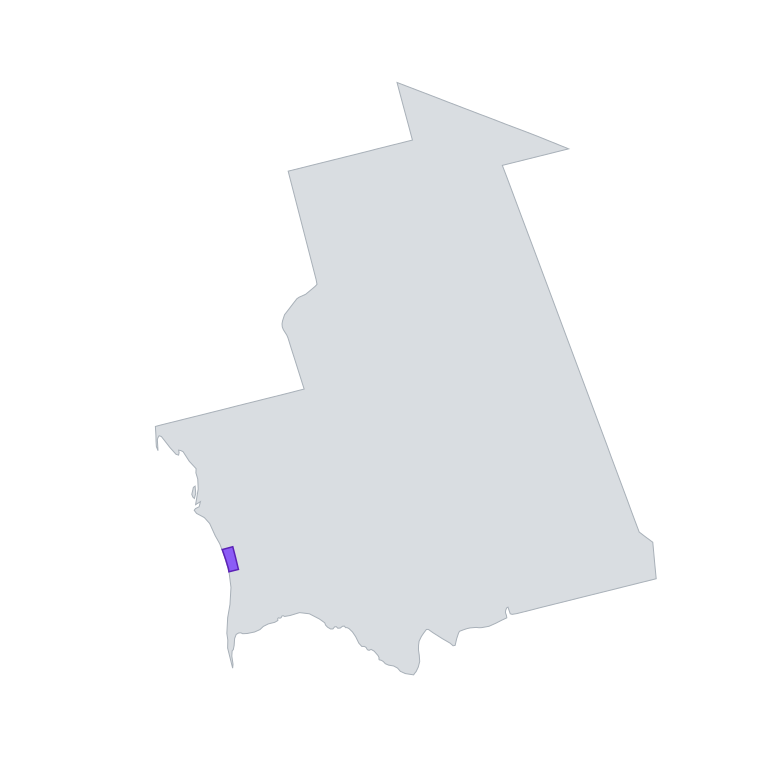 Nouakchott highlighted on a map of Mauritania, rotated 346°
{"feature_id": "MRT-2787", "entity_name": "Nouakchott", "entity_type": "District", "adm_level": 1, "iso_a3": "MRT", "parent_name": "Mauritania", "parent_adm1": "", "projection": "natural_earth1", "projection_center": [-15.953, 18.14], "detail": "fine", "context": "in_parent", "style": "filled", "palette": "violet", "viewbox_px": 768, "rotation_deg": 346, "n_neighbors": 0, "source": "natural_earth", "source_scale": "10m", "svg_char_len": 3508}
<svg xmlns="http://www.w3.org/2000/svg" viewBox="0 0 768 768"><g transform="rotate(346 384 384)"><path d="M335.5,670.5L334.6,670.1L330.4,666.8L328.4,662.9L325.1,659.9L320.5,657.9L317.6,655.7L316.2,653.1L314.5,651.4L312.7,650.5L312.5,649.6L313.0,648.4L312.5,646.0L309.8,640.8L307.3,638.4L305.2,638.8L304.0,638.2L303.3,637.0L303.0,635.4L301.5,633.9L299.0,633.3L296.9,629.4L295.4,622.4L293.4,616.9L290.9,612.9L289.2,611.4L287.9,611.2L287.5,610.6L287.1,609.4L285.2,609.0L282.5,610.2L280.1,609.8L279.0,607.9L277.3,607.7L275.2,609.3L272.9,608.8L270.4,606.3L269.0,603.8L268.7,601.3L264.4,596.3L256.0,588.9L246.8,585.4L236.9,585.9L231.3,585.5L230.1,584.4L228.9,584.4L227.7,585.8L226.4,586.1L225.0,585.3L224.1,585.9L223.8,587.8L220.3,588.8L213.7,588.8L208.3,590.0L204.2,592.3L198.4,593.3L191.0,593.0L186.5,592.1L184.9,590.8L182.8,590.4L180.0,591.2L177.5,594.8L175.3,601.5L173.5,605.3L172.1,606.2L170.5,611.2L169.7,619.4L168.4,623.1L168.4,602.4L170.5,594.7L171.2,587.9L175.8,572.9L181.2,560.7L186.3,544.4L188.2,528.6L187.5,513.2L186.0,499.4L183.5,490.3L181.1,477.2L177.4,470.2L170.8,464.2L169.3,460.6L170.9,459.3L174.9,458.4L177.5,453.7L172.0,455.5L178.3,441.0L180.3,431.2L180.0,424.7L181.2,420.7L176.4,412.0L172.7,401.1L170.7,399.4L168.7,398.5L168.6,401.0L167.5,403.3L165.2,401.9L161.0,394.0L155.3,381.1L153.3,379.8L151.6,381.5L150.6,383.2L148.6,394.0L148.0,389.7L148.9,384.7L150.3,378.5L151.9,369.9L156.9,369.8L165.8,369.8L183.6,369.8L192.5,369.8L210.3,369.8L219.2,369.8L237.1,369.7L246.0,369.7L263.8,369.7L272.7,369.7L290.5,369.7L299.4,369.6L305.3,369.6L304.9,363.5L304.6,358.6L304.2,352.1L303.8,345.6L303.4,339.1L303.0,333.0L302.6,326.9L302.3,321.2L302.0,316.0L301.5,313.0L299.5,307.0L299.1,304.1L299.6,301.0L300.9,298.1L304.3,292.7L309.5,288.6L315.5,283.8L320.1,280.2L322.5,279.3L329.7,278.0L335.3,275.3L340.8,272.6L343.1,271.1L343.4,266.1L342.5,154.3L369.7,154.3L376.9,154.3L427.0,154.3L434.1,154.2L470.6,154.2L470.5,149.0L470.4,141.4L470.2,131.0L470.0,120.6L469.7,102.3L469.6,94.6L476.9,99.7L491.5,109.9L498.8,115.0L513.4,125.3L528.0,135.5L542.6,145.7L550.0,150.8L557.3,155.9L564.6,161.1L572.0,166.2L586.7,176.4L592.8,180.7L602.3,187.6L611.1,194.0L620.0,200.5L606.5,200.5L588.5,200.5L576.2,200.5L563.6,200.5L551.7,200.5L553.0,211.1L554.3,222.5L555.6,234.0L556.9,245.5L558.2,257.0L562.2,291.5L563.5,303.0L564.8,314.5L566.1,325.9L567.4,337.4L570.0,360.4L571.3,371.9L572.6,383.4L573.9,394.8L575.2,406.3L576.5,417.8L579.1,440.7L580.4,452.2L581.7,463.7L583.0,475.2L584.3,486.6L585.6,498.1L586.8,509.6L588.1,521.0L590.7,543.9L592.0,555.4L593.2,566.9L594.5,578.3L595.8,589.4L600.5,595.3L606.5,602.6L604.9,613.0L603.0,625.3L601.0,638.8L584.7,638.8L568.7,638.8L528.6,638.8L520.6,638.8L480.6,638.8L472.6,638.9L457.2,638.9L452.6,638.5L450.9,637.5L450.3,630.5L448.9,630.9L447.3,633.0L446.5,635.2L446.8,638.1L446.6,640.6L441.4,641.6L434.5,643.2L427.2,644.5L419.8,644.0L417.3,643.5L414.6,642.5L408.7,641.5L405.5,641.4L401.8,641.7L397.5,642.2L396.2,643.5L392.9,648.7L389.8,654.8L387.7,654.7L385.4,651.4L379.0,645.2L371.2,637.0L367.7,632.9L365.8,632.4L362.2,635.3L359.1,638.1L355.8,642.1L354.3,645.9L353.1,650.4L352.6,655.7L351.5,661.9L348.8,666.9L345.7,670.7L343.3,672.5L342.4,673.4L335.5,670.5ZM174.8,444.8L172.3,449.2L171.2,447.5L170.8,444.6L173.0,440.3L174.0,438.2L176.0,437.4L174.8,444.8Z" fill="#d9dde1" stroke="#a8b0b8" stroke-width="1"/><path d="M188.1,528.7L188.4,525.3L188.0,516.9L187.0,505.4L187.4,505.5L197.9,505.3L198.0,515.9L197.9,528.7L188.1,528.7Z" fill="#8b5cf6" stroke="#5b21b6" stroke-width="1.5"/></g></svg>